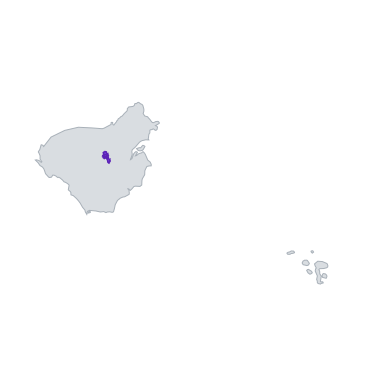 Riobamba, Chimborazo, Ecuador shown in context, rotated 203°
{"feature_id": "8360857B36561787951803", "entity_name": "Riobamba", "entity_type": "district", "adm_level": 2, "iso_a3": "ECU", "parent_name": "Ecuador", "parent_adm1": "Chimborazo", "projection": "albers", "projection_center": [-78.614, -1.707], "detail": "fine", "context": "in_parent", "style": "filled", "palette": "violet", "viewbox_px": 384, "rotation_deg": 203, "n_neighbors": 0, "source": "geoboundaries", "source_scale": "gbopen_adm2", "svg_char_len": 6338}
<svg xmlns="http://www.w3.org/2000/svg" viewBox="0 0 384 384"><g transform="rotate(203 192 192)"><path d="M348.7,160.2L347.6,160.9L345.0,161.2L343.0,160.5L342.2,160.5L342.0,161.2L344.7,162.9L346.0,166.0L347.9,167.9L349.1,168.8L349.2,169.5L348.8,170.7L348.7,171.7L349.3,176.4L348.9,176.7L347.4,176.7L346.3,175.9L343.2,187.5L333.2,199.0L321.9,207.2L308.8,212.0L299.3,215.2L297.8,216.5L293.1,222.3L292.9,222.9L293.5,223.9L293.5,224.5L292.8,224.9L292.2,225.0L292.0,224.7L291.8,224.0L291.1,223.2L290.4,223.0L290.0,223.2L289.9,223.9L289.0,227.0L288.9,228.5L288.5,229.1L288.5,230.5L287.6,231.8L286.8,233.8L286.0,234.5L285.0,237.8L283.6,241.0L283.5,242.1L283.9,242.9L284.1,243.5L283.5,245.5L280.1,247.5L279.2,248.5L278.9,249.5L279.1,250.5L279.0,251.2L277.9,251.5L276.8,253.3L276.0,253.7L273.9,253.1L272.3,253.1L271.1,252.5L268.7,249.5L267.9,247.6L267.6,245.1L265.2,243.5L262.2,243.9L261.3,243.3L259.0,242.3L257.1,241.1L255.7,240.5L254.6,240.7L252.7,242.8L251.0,243.7L250.2,243.6L249.2,243.0L249.0,242.3L251.6,238.8L249.7,238.7L249.0,238.0L248.9,237.1L248.6,236.1L249.0,235.0L250.0,234.4L251.5,234.9L252.5,234.9L253.2,233.8L254.6,233.0L254.9,232.4L254.2,230.7L253.9,229.8L254.2,229.2L254.1,227.4L253.7,226.7L253.6,225.6L253.2,225.1L253.1,223.8L252.1,223.1L255.3,221.8L256.4,220.9L257.8,220.0L259.0,218.6L259.8,217.3L261.7,211.3L263.5,207.5L263.2,205.7L261.7,203.3L261.4,199.7L261.5,198.6L261.3,197.7L260.3,199.2L260.6,204.6L259.7,207.0L258.5,207.5L257.7,207.1L258.2,203.2L257.3,203.9L255.9,206.6L253.5,208.5L253.4,209.2L252.8,210.0L251.0,209.3L249.7,208.4L245.2,204.1L242.2,203.2L240.4,201.6L240.1,201.0L239.8,200.1L241.7,199.2L243.5,197.9L243.7,195.2L243.7,193.1L242.3,189.4L242.9,184.6L242.5,182.8L241.0,178.8L242.1,176.8L246.3,175.3L247.6,174.4L248.6,171.2L249.5,169.3L251.4,170.1L252.8,170.0L250.9,169.3L249.3,166.5L249.0,165.2L252.1,161.3L253.7,160.3L255.7,158.2L257.3,155.1L257.7,150.3L257.0,146.8L256.5,143.1L257.5,142.1L260.1,141.6L262.1,140.5L263.2,139.4L265.6,139.5L268.5,137.8L273.0,137.0L279.3,135.0L280.7,133.3L280.1,130.3L282.5,132.1L283.5,133.5L286.8,135.2L290.6,138.1L293.2,139.6L295.9,140.9L299.9,142.3L302.3,142.1L303.4,144.3L304.3,144.9L306.6,145.6L306.8,145.9L307.7,150.0L308.2,150.6L310.2,151.2L312.6,151.5L313.6,151.3L315.8,152.4L319.1,153.4L320.3,153.5L320.8,153.3L321.0,152.9L322.0,153.0L323.4,153.5L325.5,153.6L326.8,153.1L327.1,150.9L327.6,150.4L329.0,149.6L329.8,149.7L333.7,151.5L334.5,152.2L335.5,153.4L337.3,155.3L339.3,156.5L342.3,157.0L345.3,158.9L348.7,160.2ZM41.9,159.0L43.1,160.2L43.8,163.7L47.7,167.4L48.2,169.4L47.9,170.4L48.1,170.8L49.9,172.2L51.1,173.7L49.2,177.4L44.8,178.9L40.2,178.9L39.3,178.6L38.1,177.2L37.8,176.0L38.5,174.8L40.9,173.0L44.5,171.3L44.9,170.1L43.5,168.9L42.4,166.6L40.1,165.0L38.9,159.9L38.2,159.7L36.6,160.4L35.8,159.8L35.7,159.5L37.4,158.3L37.7,157.5L40.2,157.0L41.3,157.7L41.9,159.0ZM60.1,174.0L59.1,174.1L56.1,172.2L56.2,170.4L57.4,169.2L61.3,168.5L62.9,169.7L62.8,171.8L61.5,173.4L60.4,173.7L60.1,174.0ZM255.8,215.1L255.4,215.8L253.6,215.8L253.1,215.5L253.5,212.0L254.0,210.9L255.5,209.8L256.7,209.3L258.3,209.4L260.0,210.3L258.0,212.1L256.5,212.7L255.8,215.1ZM39.1,168.3L37.1,168.7L35.5,168.0L34.8,167.0L34.7,165.5L34.8,165.0L38.4,164.4L39.5,165.6L39.6,167.5L39.1,168.3ZM77.6,176.5L75.4,177.3L74.1,176.6L74.0,176.1L75.2,174.9L76.5,174.3L77.5,172.9L79.5,172.1L80.1,172.3L80.5,172.5L80.7,173.0L80.0,174.1L78.8,174.9L77.6,176.5ZM55.4,165.7L54.5,166.3L50.9,165.7L49.7,164.6L50.6,163.0L51.4,162.4L53.6,162.9L55.8,164.6L55.4,165.7ZM58.5,184.9L57.7,185.0L56.6,184.2L57.4,182.7L58.9,183.4L59.3,184.0L58.5,184.9ZM279.2,134.1L278.1,134.3L277.6,133.4L278.9,132.3L279.3,132.1L279.2,134.1Z" fill="#d9dde1" stroke="#a8b0b8" stroke-width="1"/><path d="M279.8,186.1L279.7,186.1L279.7,186.3L279.8,186.7L280.0,187.0L279.7,187.2L279.6,187.4L279.7,187.6L279.7,187.8L279.6,188.1L279.5,188.4L279.4,188.5L279.5,188.7L279.8,189.0L279.8,188.9L279.9,189.0L280.0,189.0L280.3,189.1L280.3,189.4L280.3,189.5L280.4,189.8L280.4,190.0L280.7,189.8L280.8,189.8L280.8,189.7L281.0,189.9L281.3,189.9L281.5,190.0L281.8,190.1L282.0,189.9L282.2,189.7L282.4,189.7L282.4,189.8L282.5,189.8L282.8,189.8L282.8,190.0L282.7,190.2L282.8,190.3L282.7,190.3L282.6,190.7L282.6,190.8L282.5,191.1L282.6,191.4L282.8,191.4L282.9,191.5L283.0,191.5L283.1,192.0L283.4,192.3L283.4,192.6L283.4,192.8L283.3,193.1L283.5,193.2L283.7,193.3L283.8,193.2L283.8,193.3L283.8,193.5L284.0,193.6L284.3,193.5L284.4,193.8L284.5,193.9L284.5,194.0L284.8,193.9L284.8,194.0L284.9,193.9L285.0,193.9L285.0,194.0L285.3,194.2L285.5,194.2L285.8,194.2L285.9,194.3L286.0,194.4L286.2,194.5L286.3,194.6L286.3,194.8L286.3,195.0L286.2,195.1L286.3,195.3L286.5,195.4L286.8,195.5L287.1,195.4L287.3,195.3L287.5,195.3L287.7,195.2L287.8,195.2L287.8,194.9L288.1,194.7L288.3,194.7L288.6,194.4L288.6,194.2L288.8,194.1L288.9,193.9L288.9,193.7L289.0,193.6L288.9,193.5L288.8,193.4L288.7,193.4L288.5,193.1L288.5,192.9L288.5,192.7L288.3,192.5L288.2,192.4L288.2,192.1L288.1,191.9L287.7,192.3L287.6,192.5L287.2,192.4L287.0,192.5L286.9,192.7L286.7,192.7L286.3,192.7L286.2,192.7L285.8,192.6L285.7,192.6L285.6,192.4L285.4,192.4L285.4,192.2L285.2,192.0L285.1,191.9L285.0,191.7L284.9,191.7L284.7,191.4L284.7,191.5L284.5,191.4L284.5,191.2L284.7,190.9L284.8,191.0L284.9,190.9L285.0,190.9L284.9,190.8L285.0,190.8L285.0,190.7L285.0,190.4L284.9,190.3L285.0,190.3L285.3,190.4L285.3,190.5L285.5,190.8L285.8,190.9L286.0,190.9L286.3,190.9L286.5,190.9L286.7,191.0L286.7,190.9L286.8,190.8L287.0,190.7L287.2,190.8L287.4,190.9L287.5,191.0L287.6,191.3L287.6,191.5L287.8,191.6L287.8,191.4L288.0,191.2L288.1,190.9L288.2,190.6L288.3,190.5L288.3,190.4L288.6,190.4L288.7,190.2L288.8,190.2L288.6,190.1L288.4,190.2L288.2,190.1L287.9,190.1L287.7,190.0L287.4,189.9L287.2,189.9L286.9,189.9L286.8,189.7L286.7,189.5L286.8,189.4L286.7,189.4L286.8,189.3L286.7,189.2L286.8,189.1L286.8,188.9L286.7,188.9L286.3,188.8L286.3,188.7L286.1,188.6L286.1,188.8L286.0,189.0L285.9,189.0L285.9,189.4L285.8,189.5L285.7,189.5L285.4,189.7L285.2,189.4L285.1,189.5L284.9,189.6L284.7,189.7L284.4,189.5L284.2,189.6L283.9,189.6L283.7,189.5L283.7,189.4L283.5,189.2L283.4,189.2L283.0,189.2L282.9,189.2L282.9,188.9L282.7,188.7L282.4,188.4L282.2,188.2L281.8,187.9L281.6,187.8L281.6,187.5L281.5,187.4L281.5,187.2L281.4,186.9L281.3,186.7L280.4,186.3L280.2,186.3L279.9,186.2L279.8,186.1Z" fill="#8b5cf6" stroke="#5b21b6" stroke-width="1.5"/></g></svg>